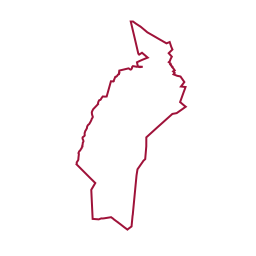 Santiago Suchilquitongo, Oaxaca, Mexico (Albers equal-area conic projection), rotated 308°
{"feature_id": "50627088B38659893203172", "entity_name": "Santiago Suchilquitongo", "entity_type": "district", "adm_level": 2, "iso_a3": "MEX", "parent_name": "Mexico", "parent_adm1": "Oaxaca", "projection": "albers", "projection_center": [-96.898, 17.231], "detail": "fine", "context": "isolated", "style": "outline", "palette": "rose", "viewbox_px": 256, "rotation_deg": 308, "n_neighbors": 0, "source": "geoboundaries", "source_scale": "gbopen_adm2", "svg_char_len": 2857}
<svg xmlns="http://www.w3.org/2000/svg" viewBox="0 0 256 256"><g transform="rotate(308 128 128)"><path d="M47.6,190.1L48.6,190.3L52.6,191.4L61.7,185.6L62.5,185.2L95.9,163.9L101.3,160.9L110.8,160.4L111.4,160.3L114.1,160.7L124.8,153.7L131.9,148.2L146.4,150.7L156.4,152.5L166.4,154.3L169.7,157.2L174.9,158.8L180.3,160.4L180.3,158.3L180.5,153.1L182.3,152.5L190.8,149.7L193.7,148.8L195.7,148.1L193.3,144.2L198.9,144.1L199.8,141.2L200.5,138.9L200.9,137.7L200.4,136.6L199.4,134.6L198.3,130.8L198.6,130.8L200.1,130.9L200.4,128.7L202.1,129.4L202.4,128.6L202.9,126.8L203.1,125.5L203.5,125.5L203.7,123.7L203.9,123.7L204.1,122.2L204.7,122.3L204.9,121.2L205.0,121.2L205.0,119.6L206.5,119.8L208.1,119.2L211.2,118.6L211.4,117.4L211.5,117.1L211.5,116.9L211.5,116.7L211.6,116.3L212.0,114.0L216.5,114.6L217.2,114.7L218.6,112.1L221.4,107.9L218.4,106.2L217.2,97.8L215.3,84.3L215.6,75.8L215.1,70.0L215.0,66.4L213.6,64.6L202.9,78.0L192.9,90.4L192.7,91.6L195.9,92.7L195.6,100.2L191.1,97.6L188.7,96.3L185.3,94.6L183.4,96.9L183.0,97.5L182.7,97.5L182.7,98.1L182.8,98.4L185.3,101.9L185.0,101.6L183.9,100.5L183.8,100.4L183.7,100.3L183.6,100.2L183.4,100.0L183.3,99.8L183.2,99.7L183.0,99.4L182.9,99.2L182.4,98.1L182.2,97.8L181.6,97.2L180.8,95.6L179.8,93.8L179.0,93.7L178.7,93.7L178.4,93.8L178.0,94.1L177.4,94.3L176.8,94.4L176.3,94.4L175.7,94.2L175.5,93.7L175.4,93.1L175.4,92.5L175.4,91.9L175.3,91.7L167.9,85.8L166.0,86.9L166.1,87.3L165.8,87.4L165.7,87.4L165.4,87.5L165.1,87.6L164.8,87.6L164.7,87.7L164.4,87.5L164.0,87.3L163.8,87.2L163.7,87.2L163.3,87.3L162.9,87.3L162.6,87.3L162.4,87.3L162.0,87.3L161.6,87.2L161.4,87.2L160.9,87.0L160.8,86.9L160.7,86.6L160.4,86.5L159.7,86.7L156.3,87.7L156.2,87.8L156.1,87.7L155.7,87.8L154.3,85.8L139.7,91.8L139.1,91.2L138.3,90.2L137.3,88.7L136.1,88.7L134.7,88.8L133.6,89.0L132.8,88.7L132.7,88.6L132.1,88.2L131.5,88.3L130.5,88.5L128.8,89.2L128.5,89.7L121.4,89.0L119.3,89.4L118.1,89.8L116.8,91.0L115.9,92.2L115.3,93.2L114.5,93.7L114.1,93.7L113.0,93.8L112.2,94.1L111.5,94.3L110.1,94.6L108.7,94.8L107.2,95.0L106.1,94.7L105.2,94.7L104.1,94.9L103.2,95.3L102.7,95.7L100.6,96.1L99.2,96.2L98.3,96.6L97.7,96.8L97.2,97.0L96.5,97.6L96.0,98.0L95.4,98.5L94.7,98.5L92.8,98.0L92.1,98.3L91.7,98.7L91.3,99.3L90.8,100.3L90.1,101.1L89.5,101.3L88.7,101.4L87.7,102.0L87.1,102.4L86.5,102.6L86.1,102.7L85.9,103.2L85.6,103.4L85.1,103.6L84.6,103.4L84.0,103.6L83.3,104.0L82.7,103.9L81.8,103.9L80.9,104.2L80.2,104.0L79.7,103.9L78.0,104.3L77.6,104.5L77.3,105.1L77.3,105.3L73.5,107.6L73.2,107.9L72.7,108.2L72.3,108.4L71.8,108.5L71.3,108.6L70.7,108.6L70.2,108.7L69.6,108.7L69.1,108.9L68.8,109.2L68.3,109.6L67.7,109.7L65.3,129.0L64.5,136.1L56.7,137.1L34.6,156.1L38.0,161.2L39.5,162.1L40.3,162.6L40.7,163.2L41.7,164.4L43.0,165.6L45.8,168.2L47.3,169.6L47.4,172.0L47.3,173.2L47.5,181.2L47.5,183.5L47.5,184.8L47.5,186.0L47.6,190.1Z" fill="none" stroke="#9f1239" stroke-width="2"/></g></svg>